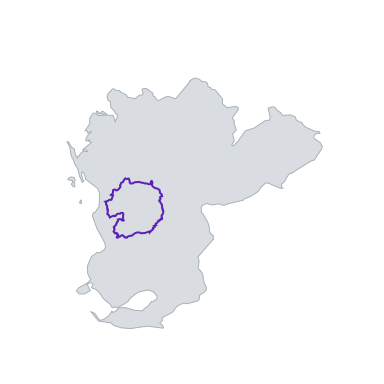 Venezuela, with Guárico highlighted, rotated 253°
{"feature_id": "VEN-45", "entity_name": "Guárico", "entity_type": "State", "adm_level": 1, "iso_a3": "VEN", "parent_name": "Venezuela", "parent_adm1": "", "projection": "equal_earth", "projection_center": [-66.651, 8.828], "detail": "fine", "context": "in_parent", "style": "outline", "palette": "violet", "viewbox_px": 384, "rotation_deg": 253, "n_neighbors": 0, "source": "natural_earth", "source_scale": "10m", "svg_char_len": 9172}
<svg xmlns="http://www.w3.org/2000/svg" viewBox="0 0 384 384"><g transform="rotate(253 192 192)"><path d="M310.4,140.2L313.8,146.1L313.5,147.5L311.4,148.9L310.2,152.2L307.6,153.7L303.9,157.7L301.5,158.1L297.9,164.8L299.9,170.0L299.5,172.7L300.4,174.0L304.7,174.2L305.1,175.6L304.6,177.7L303.8,179.1L298.0,183.4L295.2,183.0L294.0,184.3L290.3,185.2L289.2,187.8L290.2,191.3L290.6,196.9L285.9,203.6L297.7,221.5L299.0,222.4L300.2,226.6L299.8,229.0L297.7,231.9L294.8,234.0L293.0,237.7L291.2,238.5L288.0,238.2L286.5,240.2L284.4,241.0L283.1,243.8L272.3,248.4L267.6,246.9L262.2,250.3L261.2,258.7L259.6,260.7L257.6,260.6L250.9,252.1L247.5,253.3L245.2,252.2L238.5,252.5L235.4,247.7L228.5,247.4L225.8,244.1L224.6,244.0L224.1,245.1L226.8,250.5L234.9,260.8L235.0,270.1L238.8,283.1L238.1,287.2L240.3,288.5L250.0,289.4L249.9,294.1L248.6,296.2L246.7,296.5L241.8,300.0L238.8,301.1L236.9,308.8L235.2,310.9L233.4,312.8L230.2,312.8L225.7,317.7L224.2,317.6L220.4,320.0L214.3,327.1L212.3,331.4L210.8,331.5L211.4,327.7L210.6,325.7L209.2,324.6L207.9,324.4L206.2,325.4L201.7,329.1L197.3,329.9L195.0,328.2L186.9,318.4L186.8,315.1L184.9,307.3L180.8,292.8L180.9,290.0L174.4,282.7L173.5,280.1L170.8,279.2L169.1,280.1L169.6,277.7L178.3,267.3L179.1,265.0L175.7,258.3L173.8,256.4L172.7,254.1L170.5,245.9L170.0,239.7L169.2,238.4L170.2,223.2L169.8,219.8L170.5,217.3L172.2,215.5L173.1,212.8L173.3,209.2L174.3,206.2L176.1,203.8L176.8,201.5L176.0,197.7L174.4,196.2L169.2,195.1L167.8,196.2L158.1,198.3L153.4,198.3L149.7,197.3L147.0,197.6L143.8,199.7L142.2,198.5L140.9,199.1L128.3,178.9L123.6,178.5L117.3,175.6L112.3,177.9L110.3,178.1L101.4,177.0L96.5,178.0L94.4,177.0L93.0,175.5L90.9,168.8L87.5,167.7L86.1,165.1L86.6,154.4L88.2,151.4L87.7,146.6L87.2,144.3L82.8,138.3L80.5,126.7L77.5,126.0L76.7,123.5L75.8,123.0L73.4,124.6L70.8,125.2L70.2,124.6L76.8,110.2L79.4,93.2L82.7,84.9L87.1,78.2L90.6,76.2L95.9,64.9L107.4,60.2L104.3,63.6L97.5,65.8L95.9,67.2L96.1,70.9L98.0,76.4L101.5,80.6L99.9,81.1L100.6,84.9L102.2,87.6L102.3,89.2L101.0,94.4L95.7,102.5L92.9,109.6L95.0,113.8L95.3,115.9L99.1,121.2L98.7,123.3L100.4,127.6L103.1,128.1L108.4,125.4L111.3,120.9L111.9,112.2L111.4,109.1L108.2,101.6L106.0,98.7L104.1,92.2L103.2,86.3L104.7,84.9L104.6,81.8L108.3,81.0L116.2,75.9L121.2,74.6L126.8,71.9L129.2,68.4L130.1,68.2L133.0,70.2L134.5,69.5L135.1,67.9L134.3,64.7L127.5,65.9L125.9,59.6L127.4,54.5L131.0,52.5L133.5,55.5L135.3,64.6L137.6,69.4L144.7,68.4L152.0,70.5L159.7,77.1L161.9,83.8L161.0,85.6L161.5,88.5L162.6,91.4L164.3,93.2L169.1,93.7L184.9,90.4L198.2,89.8L200.8,91.2L201.1,93.7L205.3,98.9L218.3,103.4L223.3,102.7L235.2,94.0L241.6,94.3L243.4,92.9L241.0,91.6L235.7,91.1L234.1,92.0L233.2,89.8L240.8,89.1L247.6,89.6L253.1,88.0L257.5,88.0L261.8,87.0L270.1,88.2L276.6,87.2L275.9,88.6L270.3,89.8L267.6,91.9L262.0,91.5L258.1,92.3L259.3,92.9L259.4,95.0L260.5,95.5L262.2,98.1L262.6,100.3L261.2,103.8L262.8,103.4L263.7,102.3L263.7,99.9L264.6,100.3L268.8,110.4L270.6,108.0L271.8,109.4L271.7,105.6L273.2,105.7L276.2,108.3L279.3,114.0L278.8,109.6L281.3,109.5L281.9,107.7L287.0,114.0L292.3,115.8L296.3,120.6L295.5,122.9L293.1,124.1L292.2,125.6L290.5,133.1L288.2,139.0L281.6,139.1L287.2,143.6L289.2,141.7L292.1,141.6L296.3,139.2L302.0,140.3L304.6,138.3L307.7,138.6L310.4,140.2ZM241.2,77.8L241.8,80.9L240.0,83.7L237.6,83.7L235.7,81.9L234.6,82.4L231.3,81.4L232.3,79.7L234.7,78.9L236.5,80.8L238.0,80.9L238.4,79.3L240.4,76.9L241.2,77.8ZM295.1,130.5L291.6,133.0L291.4,130.6L294.1,127.6L295.4,129.4L295.1,130.5ZM216.8,83.2L215.8,83.8L213.2,82.4L213.7,81.6L215.2,81.6L216.8,83.2ZM295.8,126.0L293.7,126.8L294.3,125.0L296.5,124.0L297.4,124.4L295.8,126.0Z" fill="#d9dde1" stroke="#a8b0b8" stroke-width="1"/><path d="M208.1,106.2L208.0,108.2L208.0,108.8L208.1,109.2L208.5,110.0L208.7,110.6L208.6,111.3L208.5,111.6L208.1,112.3L208.1,112.5L208.2,112.8L211.9,115.5L212.7,113.8L212.9,113.6L213.7,115.5L213.9,115.7L214.0,115.9L214.4,116.1L214.7,116.3L215.6,116.6L216.2,116.8L216.6,116.9L216.7,117.0L216.9,117.2L217.0,117.5L217.0,118.4L217.0,118.8L216.9,119.0L216.7,119.2L215.8,119.8L215.6,120.2L215.6,120.8L215.6,121.0L215.9,121.5L215.9,122.3L216.0,122.6L216.4,122.9L216.5,123.2L216.7,123.5L217.0,123.8L217.2,124.1L217.6,124.8L217.7,125.0L218.0,125.1L219.2,125.1L219.4,125.1L219.7,125.4L220.2,126.1L220.3,126.2L220.8,126.4L221.1,126.6L221.3,126.9L221.4,127.1L221.7,127.8L221.7,128.1L221.7,128.8L221.8,129.1L221.9,129.3L222.5,129.5L223.6,130.9L224.1,131.4L224.2,131.5L224.5,132.3L224.0,132.6L223.7,133.0L223.5,133.4L223.4,133.8L223.5,134.3L223.5,134.8L223.3,135.3L223.2,135.5L222.6,135.4L222.3,135.4L222.1,135.4L221.8,135.5L220.5,135.6L220.0,135.5L219.4,135.2L219.1,135.2L218.8,135.4L218.3,135.6L218.1,135.7L218.0,136.0L217.7,136.8L217.6,137.9L217.7,138.1L218.0,138.8L218.0,140.1L217.8,141.4L217.6,142.0L217.5,142.3L217.4,143.2L217.0,144.6L216.8,144.9L216.0,145.8L215.9,146.1L215.4,147.2L215.3,147.5L214.1,149.1L213.9,149.6L213.9,150.0L213.6,150.8L212.7,152.2L212.3,152.6L212.1,153.0L211.9,153.4L211.8,153.7L211.8,154.4L211.8,154.7L211.9,155.0L212.0,155.2L212.2,155.3L212.3,155.4L212.8,155.3L213.3,155.3L213.7,155.5L213.9,155.7L214.1,156.0L214.3,156.7L213.2,156.9L212.7,156.9L212.2,156.8L211.0,156.0L210.0,155.7L209.1,156.0L207.3,157.1L206.9,157.4L206.6,157.8L205.7,159.4L203.8,161.3L203.4,161.5L203.0,161.6L201.2,161.2L200.4,161.2L199.6,161.6L198.8,162.2L198.5,162.4L198.0,162.3L197.0,162.1L196.8,162.1L196.9,161.5L196.9,161.1L196.8,160.7L196.4,160.0L196.2,159.8L195.6,160.1L195.0,160.0L194.5,159.7L194.1,159.4L194.2,159.1L194.2,158.9L193.7,158.7L193.4,158.1L193.2,158.0L192.9,158.1L192.9,158.4L192.9,158.5L192.4,158.5L191.6,158.8L191.2,158.8L190.8,158.8L188.9,159.5L188.6,159.5L188.3,159.2L188.1,159.2L187.8,159.4L185.9,159.0L185.7,158.7L185.2,158.8L184.8,159.1L184.4,159.1L183.7,158.5L183.3,158.6L182.6,159.0L182.2,159.1L181.8,158.9L181.5,158.6L180.6,158.4L180.4,158.2L180.2,158.0L179.9,157.7L179.2,157.4L178.9,157.0L178.8,156.5L178.6,156.2L177.6,155.7L177.4,155.7L176.9,155.9L176.3,155.9L176.0,155.8L175.6,155.5L175.2,155.6L174.9,155.4L175.1,154.9L174.9,154.5L175.4,154.2L175.1,153.7L174.8,153.9L174.6,153.7L174.4,152.9L174.0,152.4L174.0,152.2L174.4,152.4L174.4,152.2L174.3,151.9L174.4,151.5L174.1,151.5L173.7,151.1L173.4,150.7L173.3,150.3L173.0,149.9L172.8,149.7L172.7,149.5L172.5,148.5L172.0,147.8L171.8,147.7L170.9,147.7L170.8,146.8L170.7,146.6L170.7,146.4L170.5,146.6L170.4,146.9L170.3,146.6L170.0,146.6L169.9,146.5L169.9,146.1L169.9,145.9L169.7,145.8L169.6,145.6L169.4,145.4L169.3,145.6L169.2,145.6L169.2,145.2L169.4,144.6L169.3,144.4L169.2,144.4L169.0,144.6L168.8,144.6L168.5,144.2L168.4,143.8L168.3,143.7L168.2,143.7L168.0,143.9L167.8,143.9L167.7,143.7L167.5,143.2L167.4,142.9L167.2,142.7L167.2,142.2L166.8,141.7L166.6,141.3L166.1,140.5L166.3,140.6L166.4,140.4L166.7,140.2L166.8,140.1L166.8,139.9L166.8,139.7L166.7,139.5L166.5,139.2L166.5,138.6L166.7,137.8L166.7,137.7L166.7,137.0L166.6,136.4L166.5,135.7L166.5,135.4L166.9,133.4L167.1,132.9L167.3,131.5L167.4,131.4L167.5,131.2L167.8,130.9L168.1,130.6L168.3,130.4L168.5,130.1L169.0,128.9L169.1,128.4L169.3,127.6L169.4,127.2L169.1,124.9L168.4,123.0L167.8,121.8L167.8,121.4L168.1,120.6L168.2,120.1L168.2,119.4L168.2,118.4L168.2,118.0L168.0,117.1L167.7,116.8L167.6,116.3L167.4,116.2L167.5,115.9L168.0,115.5L168.0,115.4L167.9,115.0L168.0,114.9L168.1,114.7L168.3,114.4L168.6,114.1L169.1,114.2L169.5,114.1L170.1,113.7L170.8,112.9L171.1,112.8L171.2,112.5L171.1,112.1L170.5,110.0L170.6,109.3L170.3,108.7L170.2,108.2L170.1,107.1L170.2,106.9L170.4,106.8L170.6,106.8L171.0,106.9L171.1,107.0L171.3,107.4L171.5,107.7L171.7,107.8L172.0,107.9L172.1,108.0L172.0,108.7L172.0,108.8L172.5,108.9L173.1,108.5L173.5,108.2L173.9,108.5L174.0,108.5L174.1,108.3L174.3,107.9L174.4,107.4L174.5,107.1L174.8,107.0L175.1,107.4L175.3,107.1L175.1,106.3L176.4,105.7L176.8,105.5L177.0,105.4L178.2,106.6L178.6,106.9L179.1,106.8L179.6,106.8L179.9,107.2L180.0,107.3L180.4,107.1L180.7,107.0L180.9,106.9L181.5,107.0L181.7,107.4L182.2,108.7L182.3,108.9L182.8,109.5L182.9,110.0L183.4,110.2L183.8,110.3L184.1,110.7L184.2,111.0L184.5,111.1L185.0,111.2L185.2,111.5L185.6,112.6L186.0,112.7L186.4,113.0L186.6,113.0L187.1,113.0L187.3,113.0L187.3,113.3L187.3,113.8L187.3,114.5L187.3,114.8L186.9,115.7L186.7,116.1L186.5,116.3L185.9,116.5L185.5,116.6L185.1,117.0L184.7,118.2L184.8,118.4L185.4,118.2L186.8,118.2L187.2,118.2L187.4,118.3L188.1,118.8L188.3,118.9L189.0,119.0L189.4,119.1L189.7,119.3L190.4,119.8L191.5,119.8L191.9,119.8L192.2,119.7L192.3,119.6L192.4,119.4L192.7,118.2L192.7,117.9L192.7,117.7L192.6,117.4L192.4,117.2L192.3,116.9L192.4,116.5L192.5,116.0L192.8,115.0L192.9,114.5L192.9,114.2L192.7,113.6L192.4,113.1L192.0,112.8L191.7,112.4L191.6,112.2L191.5,111.9L191.5,111.3L191.5,111.0L191.6,110.8L191.9,110.6L192.1,110.5L192.2,110.3L192.2,110.0L192.2,109.3L191.7,105.9L193.2,105.9L194.6,105.5L194.8,105.4L195.0,105.0L195.1,104.8L195.6,104.6L196.0,104.7L196.4,104.9L197.2,105.5L197.3,105.6L198.3,105.6L198.5,105.8L198.9,106.2L199.3,106.4L199.5,106.3L200.1,106.0L200.3,105.9L200.5,106.1L200.6,106.3L200.8,106.4L201.3,106.2L201.6,106.2L201.9,106.2L203.2,106.8L203.4,106.8L204.3,106.6L204.7,106.4L205.0,106.2L205.4,106.2L205.8,106.3L206.3,106.6L206.9,106.6L207.3,106.6L208.1,106.2Z" fill="none" stroke="#5b21b6" stroke-width="2"/></g></svg>